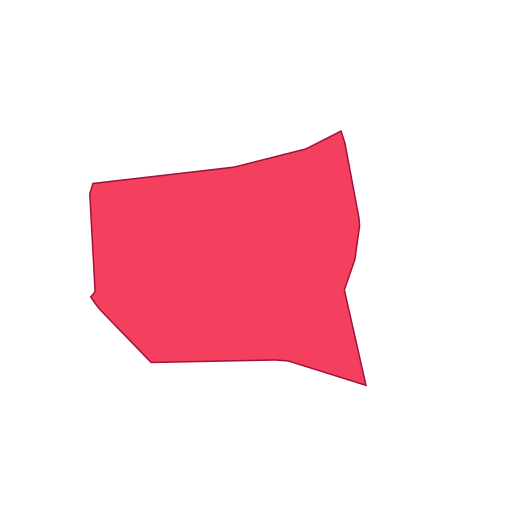 Saint John, Robinson projection, rotated 313°
{"feature_id": "BRB-1993", "entity_name": "Saint John", "entity_type": "Parish", "adm_level": 1, "iso_a3": "BRB", "parent_name": "Barbados", "parent_adm1": "", "projection": "robinson", "projection_center": [-59.511, 13.182], "detail": "fine", "context": "isolated", "style": "filled", "palette": "rose", "viewbox_px": 512, "rotation_deg": 313, "n_neighbors": 0, "source": "natural_earth", "source_scale": "10m", "svg_char_len": 420}
<svg xmlns="http://www.w3.org/2000/svg" viewBox="0 0 512 512"><g transform="rotate(313 256 256)"><path d="M197.9,87.3L306.0,179.3L368.4,219.5L405.4,233.0L399.1,244.2L354.0,305.4L348.7,311.2L320.9,330.7L291.4,343.8L236.4,424.7L201.2,351.1L193.0,340.9L106.6,251.9L110.4,178.3L111.4,171.7L113.4,163.0L117.0,163.0L118.7,162.8L120.5,162.3L188.1,92.0L197.9,87.3Z" fill="#f43f5e" stroke="#9f1239" stroke-width="1.5"/></g></svg>